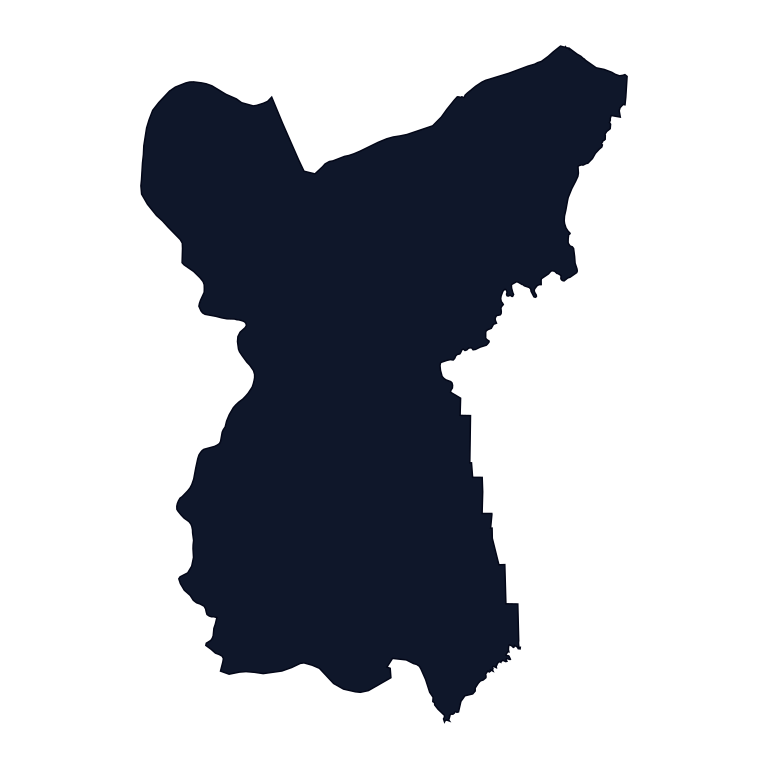 the district of Ixhuatlán del Sureste, Veracruz, Mexico
{"feature_id": "50627088B30593781264169", "entity_name": "Ixhuatlán del Sureste", "entity_type": "district", "adm_level": 2, "iso_a3": "MEX", "parent_name": "Mexico", "parent_adm1": "Veracruz", "projection": "natural_earth1", "projection_center": [-94.38, 17.981], "detail": "fine", "context": "isolated", "style": "filled", "palette": "ink", "viewbox_px": 768, "rotation_deg": 0, "n_neighbors": 0, "source": "geoboundaries", "source_scale": "gbopen_adm2", "svg_char_len": 6081}
<svg xmlns="http://www.w3.org/2000/svg" viewBox="0 0 768 768"><path d="M537.7,62.6L534.6,64.2L528.0,66.1L508.7,73.3L485.7,80.3L481.9,82.1L475.7,86.2L467.4,93.0L465.0,95.3L464.6,97.0L464.0,97.5L461.8,96.8L460.2,97.4L459.0,96.9L457.3,96.8L454.3,100.1L446.9,109.3L441.3,117.1L432.7,125.8L407.0,134.5L400.2,135.9L393.1,137.0L386.7,138.8L378.2,142.3L360.0,151.2L353.9,153.8L348.9,155.5L344.5,156.4L332.9,160.9L329.4,161.5L325.1,163.9L322.5,166.8L314.9,173.9L304.0,171.2L298.5,159.6L282.6,123.4L271.7,97.1L267.6,101.4L263.3,103.3L256.6,105.4L253.2,105.9L241.6,102.7L236.4,98.9L225.9,94.3L211.9,85.8L206.2,83.8L201.7,82.9L193.6,81.9L189.7,82.0L185.9,82.9L175.3,87.1L169.6,91.0L158.8,102.5L152.7,110.3L149.1,119.7L146.6,127.9L143.8,145.8L143.4,154.7L142.5,162.8L141.5,179.7L140.9,185.8L141.6,194.1L147.5,204.3L156.5,215.5L162.5,220.9L168.0,227.0L180.2,239.5L182.3,243.1L182.5,248.4L182.1,262.7L184.0,264.8L193.7,271.5L200.0,277.7L203.1,281.6L204.2,284.7L204.3,288.8L204.2,292.3L200.6,300.1L199.5,303.2L198.9,306.2L201.0,310.9L202.6,312.9L205.0,314.3L215.8,316.3L221.6,317.8L226.9,318.8L234.4,319.0L236.8,319.7L239.1,319.9L242.6,320.9L244.6,321.8L246.0,323.5L246.4,325.6L245.0,327.8L240.1,332.2L237.9,336.6L237.5,341.6L238.5,349.1L239.5,351.7L242.1,355.6L246.9,362.2L249.8,365.2L253.5,370.6L254.6,374.4L254.6,377.6L254.1,380.5L253.3,383.8L252.2,387.1L248.1,393.3L245.6,396.2L242.7,399.2L238.9,402.0L235.9,404.8L233.4,407.6L229.3,414.6L226.6,421.1L225.2,426.9L223.3,429.7L222.2,432.2L220.6,441.3L219.5,443.5L217.4,445.0L214.6,446.4L203.9,449.3L202.2,450.5L200.7,452.3L199.0,454.9L197.8,458.6L195.8,467.8L193.7,479.1L191.8,484.6L190.0,488.0L187.6,491.0L182.1,496.7L180.0,498.2L178.4,501.0L177.4,503.5L176.8,506.2L176.9,509.3L178.0,511.1L181.5,515.4L184.2,518.2L189.0,521.6L190.9,524.1L191.8,526.3L192.5,529.9L192.6,532.9L193.6,540.4L193.1,544.9L193.0,548.7L193.5,557.5L191.7,566.2L187.7,572.9L180.1,576.8L178.8,578.8L180.4,583.6L184.3,590.2L190.2,595.4L193.4,600.4L196.6,602.8L200.1,604.0L204.1,606.2L205.6,608.9L206.2,611.8L207.0,614.5L209.2,616.0L211.6,616.8L213.5,616.7L216.9,617.5L215.3,624.2L213.9,628.3L213.2,635.8L212.2,638.4L210.8,640.4L206.3,643.2L205.8,645.4L211.0,649.2L215.4,653.1L219.4,654.6L222.2,656.2L223.4,658.6L222.8,662.1L220.5,671.1L229.1,674.2L239.5,672.1L246.0,671.6L254.5,672.3L263.2,673.6L281.9,671.0L291.7,667.5L300.3,663.4L304.0,662.9L312.2,665.2L319.4,668.3L333.6,683.5L343.5,689.1L355.4,691.8L360.4,692.3L368.4,690.6L390.9,677.7L390.2,668.3L386.9,667.1L392.5,658.4L406.3,659.9L413.6,663.6L416.6,664.4L419.4,666.3L421.0,669.1L425.6,679.5L429.7,692.3L433.1,697.3L432.8,701.6L434.5,702.6L434.7,705.0L438.0,709.2L443.3,714.3L444.2,714.8L444.5,717.0L443.5,718.9L444.5,721.9L445.1,720.7L446.6,720.0L449.4,721.0L448.7,720.0L449.8,716.4L449.4,715.8L451.1,714.1L452.9,714.2L454.4,713.0L454.9,712.0L455.8,711.6L456.9,712.3L458.5,711.9L460.9,701.4L464.9,695.8L472.7,693.9L475.2,691.0L475.2,688.0L478.3,683.2L480.4,680.9L483.2,680.0L485.9,677.7L486.0,676.2L485.6,674.1L487.8,671.0L489.2,672.0L490.4,671.2L490.5,669.9L493.0,671.1L492.3,669.6L493.0,668.8L492.5,667.3L492.9,666.5L493.7,666.4L496.4,667.7L496.2,665.8L497.0,664.9L497.1,664.1L498.6,661.9L500.3,661.9L500.9,662.3L501.1,661.6L502.8,660.3L505.7,661.6L506.9,661.3L506.0,659.7L506.6,658.5L510.0,659.5L510.4,659.3L509.0,656.2L508.2,655.7L506.3,655.5L505.8,654.9L507.8,651.7L508.9,651.9L508.4,649.5L508.6,646.8L509.0,645.1L509.4,644.8L511.8,645.9L513.3,647.4L514.0,647.1L514.5,645.4L517.4,647.1L518.2,648.7L520.1,648.9L520.3,647.3L518.9,647.4L518.5,642.9L518.7,640.7L517.8,604.0L505.9,603.8L504.8,564.6L498.9,564.8L492.3,538.3L492.1,528.1L490.6,528.2L491.9,514.4L491.8,513.5L482.1,513.5L482.7,491.9L482.2,477.4L472.6,477.3L471.5,462.8L469.8,462.8L470.5,415.6L460.1,415.4L460.6,398.2L450.5,392.2L451.0,390.1L452.4,388.0L452.6,385.3L452.0,382.9L450.7,381.6L445.8,379.8L443.8,378.3L442.1,376.4L440.5,370.4L440.0,365.7L440.4,363.3L441.0,362.4L446.9,360.4L450.3,359.6L453.2,360.0L454.6,358.5L455.8,355.8L457.2,354.5L459.8,353.9L460.6,352.7L462.0,349.7L463.3,349.1L465.0,350.5L466.8,349.9L468.6,348.1L471.5,347.7L473.1,349.8L475.5,349.4L480.2,347.1L486.3,345.2L487.5,344.0L489.0,342.1L489.1,341.1L487.0,339.7L485.7,338.3L485.7,332.5L486.1,331.0L487.8,329.7L491.3,328.3L493.5,324.3L496.5,323.2L495.4,320.5L495.1,318.7L495.8,316.8L496.6,315.6L500.3,314.8L501.1,313.6L501.3,311.7L500.9,307.8L502.1,305.9L503.3,304.6L502.7,303.4L501.3,301.6L500.7,298.7L501.1,296.0L502.9,291.2L504.5,289.5L505.5,289.4L506.2,290.0L506.9,291.4L507.0,292.5L506.6,293.8L506.6,294.8L507.2,295.9L508.6,296.0L509.8,295.3L510.5,295.4L511.9,296.4L512.6,296.4L513.6,294.5L512.8,292.6L511.6,288.2L511.4,285.4L511.8,284.4L516.6,281.7L518.2,282.2L522.1,284.5L522.8,284.5L524.3,285.8L529.3,287.5L530.7,289.0L531.1,291.4L533.9,296.8L535.3,297.3L536.4,296.6L536.3,295.1L534.6,292.2L534.2,290.5L534.7,288.8L537.1,285.7L538.9,284.7L541.2,284.6L541.1,280.4L541.4,278.7L548.5,273.9L550.3,271.8L551.7,270.7L554.6,271.2L556.9,273.4L557.9,273.6L560.0,274.8L561.0,275.7L560.9,278.8L561.7,280.0L562.9,280.7L564.1,280.9L567.7,278.0L570.1,277.2L576.7,272.6L577.3,271.0L577.0,268.9L575.1,263.2L574.6,256.4L573.6,248.5L572.3,246.8L570.5,246.2L569.7,245.5L568.6,243.8L568.1,242.4L568.2,238.8L568.7,234.5L569.7,234.1L570.1,233.3L567.8,230.8L566.0,228.0L564.6,223.7L564.2,220.8L564.5,216.0L565.8,210.3L567.5,200.8L568.2,197.5L571.8,188.6L575.7,181.1L577.9,176.3L578.4,173.1L578.0,166.7L578.4,165.9L581.2,164.9L583.1,165.1L586.1,163.6L587.9,163.2L592.4,158.6L595.4,153.3L599.3,149.1L601.8,147.0L602.4,144.9L601.7,144.2L601.5,143.2L602.7,141.7L602.9,140.7L604.1,140.3L605.2,139.3L605.3,135.4L605.0,134.2L606.7,131.5L610.2,128.7L610.6,124.2L609.4,122.5L610.3,120.3L610.3,118.3L611.2,115.5L620.3,117.1L619.2,110.7L620.1,107.7L623.0,104.5L625.0,104.8L625.8,97.1L627.1,76.4L624.9,74.6L622.9,75.3L619.5,75.8L615.2,74.3L611.8,72.3L604.1,69.4L596.2,67.8L585.5,60.3L584.3,59.0L583.2,58.4L580.9,56.3L577.2,54.2L569.4,48.4L569.1,49.2L567.9,47.8L566.7,48.2L565.4,46.6L564.9,47.3L560.5,46.1L553.1,52.0L548.2,56.4L541.4,61.4L537.7,62.6Z" fill="#0f172a" stroke="#020617" stroke-width="1.5"/></svg>